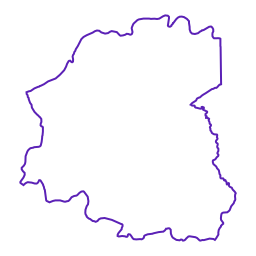 outline of Gualán, Zacapa, Guatemala
{"feature_id": "79465075B90602875847956", "entity_name": "Gualán", "entity_type": "district", "adm_level": 2, "iso_a3": "GTM", "parent_name": "Guatemala", "parent_adm1": "Zacapa", "projection": "robinson", "projection_center": [-89.267, 15.151], "detail": "fine", "context": "isolated", "style": "outline", "palette": "violet", "viewbox_px": 256, "rotation_deg": 0, "n_neighbors": 0, "source": "geoboundaries", "source_scale": "gbopen_adm2", "svg_char_len": 5832}
<svg xmlns="http://www.w3.org/2000/svg" viewBox="0 0 256 256"><path d="M26.5,92.2L26.7,94.1L27.6,95.2L27.8,97.0L28.7,98.1L28.7,99.1L30.1,102.9L31.5,104.7L31.9,107.6L34.5,111.9L37.2,114.7L38.0,115.3L39.6,117.0L39.9,117.1L41.3,119.0L41.4,121.9L40.7,123.8L40.6,125.4L41.4,126.3L42.5,126.7L42.9,127.3L42.9,131.7L42.5,135.6L42.2,136.1L42.1,138.1L41.6,142.0L40.7,145.6L40.0,146.3L38.8,146.8L34.1,147.2L33.5,147.6L30.4,148.2L28.5,149.8L27.4,151.4L25.6,156.2L25.4,161.8L25.0,163.8L23.9,165.6L21.7,167.8L21.7,169.3L23.0,171.3L24.6,172.8L24.7,174.8L23.5,177.5L20.9,181.1L20.3,182.1L20.5,183.0L23.5,185.1L24.3,184.3L25.1,183.6L26.1,182.9L27.4,182.3L27.8,182.2L28.2,182.2L28.7,182.3L31.6,182.6L34.7,183.5L35.3,183.5L36.2,183.6L36.7,183.5L37.3,183.2L37.9,182.6L38.2,182.2L39.2,180.2L40.0,180.2L40.6,180.6L43.1,184.6L43.2,185.5L43.8,186.6L44.3,189.0L44.8,189.8L46.2,200.3L46.6,200.9L49.5,202.3L53.1,200.9L55.4,200.4L60.1,200.4L64.4,201.7L65.7,201.7L66.2,201.4L68.4,201.0L69.5,200.0L71.6,197.2L74.1,196.0L76.5,195.6L77.4,195.0L79.4,192.9L81.3,191.6L83.2,191.3L84.0,191.7L87.7,196.7L88.4,201.2L88.0,204.3L86.7,206.2L85.5,209.7L85.3,212.8L85.6,214.4L86.6,215.9L86.6,216.5L87.4,217.4L88.9,218.6L90.1,219.0L92.7,221.0L94.0,221.1L95.7,221.8L97.5,221.0L98.9,219.3L100.7,218.4L104.6,218.0L111.9,219.9L120.9,223.9L122.0,224.2L122.6,225.0L122.5,226.4L121.8,227.8L121.6,229.3L118.6,232.9L117.7,234.5L117.6,236.0L118.9,236.5L122.1,236.0L124.9,236.3L126.1,236.8L127.0,236.8L127.6,236.3L127.9,234.9L128.2,234.5L128.6,234.2L129.9,234.4L131.0,235.6L132.6,238.1L133.6,239.1L136.2,239.4L140.0,239.1L141.7,239.3L142.7,238.8L143.8,237.8L144.2,236.0L145.1,235.3L147.7,234.3L152.7,233.7L153.1,233.4L158.7,232.1L163.4,231.6L165.0,230.3L166.1,228.7L166.6,228.8L168.2,228.3L169.5,228.4L170.7,229.7L170.9,233.7L172.0,236.5L172.9,237.7L176.4,239.9L179.6,240.3L181.0,239.5L182.0,239.7L182.9,240.6L183.9,240.5L185.3,239.7L186.1,238.6L188.4,236.5L189.7,236.3L195.4,237.2L197.1,238.0L199.6,240.4L200.3,240.6L202.6,240.0L203.9,240.1L209.6,238.6L213.5,239.0L214.9,239.9L216.0,238.5L218.4,234.6L218.3,232.7L218.7,230.1L219.7,228.1L220.9,226.6L221.0,225.8L222.0,224.7L223.2,223.8L223.2,222.8L221.1,219.9L220.9,218.3L221.2,215.2L221.6,213.7L222.3,213.0L223.2,212.6L227.3,212.3L229.0,210.9L229.7,210.1L231.2,206.3L232.4,204.8L233.7,203.3L233.9,202.6L234.6,200.8L235.0,200.5L235.3,199.3L235.0,196.2L235.2,194.2L235.7,193.5L235.6,192.9L234.8,191.8L234.1,191.0L232.9,189.8L232.4,189.1L231.9,187.9L231.6,187.6L230.1,187.0L229.2,186.2L228.9,185.6L228.9,184.7L229.1,184.0L228.9,183.3L228.4,183.1L228.0,183.4L227.6,184.2L227.3,184.4L226.9,184.4L226.7,184.0L226.6,182.9L226.5,182.2L226.2,181.6L225.5,180.6L225.4,180.2L224.9,180.0L224.6,180.5L224.1,180.3L223.5,178.9L223.1,178.4L221.5,178.4L220.9,178.3L220.5,177.9L220.4,177.5L220.3,177.0L220.4,175.3L220.2,174.9L219.7,174.3L219.5,173.8L219.1,171.5L218.9,170.5L218.6,170.0L218.2,169.5L217.3,168.6L216.9,168.0L216.6,167.2L215.9,166.2L213.5,164.2L213.1,163.2L212.9,162.5L212.8,161.5L212.8,161.1L212.9,160.7L213.1,160.3L214.8,159.6L215.3,159.2L215.8,158.7L216.6,157.4L218.1,156.1L218.3,155.7L218.4,154.8L218.2,154.4L217.8,154.0L217.6,153.7L217.4,153.4L217.5,152.6L217.7,152.2L218.2,151.4L218.3,151.0L218.4,149.9L218.3,148.5L217.4,147.6L217.3,147.1L217.2,146.6L217.3,146.0L217.7,144.8L217.7,144.2L217.6,143.6L217.3,143.3L216.7,143.0L216.3,142.6L216.0,142.1L215.9,141.6L216.0,141.0L216.4,140.2L217.2,139.4L217.5,138.8L217.5,138.3L217.2,137.9L216.9,137.1L217.0,136.8L217.2,135.6L217.2,135.0L217.0,134.6L216.6,134.5L215.1,134.4L214.1,134.3L212.5,133.4L211.8,132.8L211.3,131.4L210.6,130.6L210.4,130.2L210.4,128.8L210.3,128.4L210.1,128.0L209.9,127.2L210.2,126.6L210.8,125.9L211.0,125.2L210.9,124.8L210.6,124.4L210.0,124.0L209.7,123.7L209.4,121.8L208.8,120.8L208.7,120.4L208.7,120.1L208.9,119.6L209.1,118.9L208.6,118.4L207.7,118.2L207.5,117.7L207.1,117.4L206.5,117.9L206.0,117.9L206.0,117.5L206.5,116.7L206.5,116.2L206.1,115.9L205.6,115.7L205.5,115.4L205.5,114.4L205.5,114.0L206.0,113.6L207.0,112.6L207.2,112.0L207.1,111.6L206.5,111.3L203.6,109.9L203.1,109.6L203.2,109.0L203.9,108.1L203.8,107.5L203.5,107.3L202.5,106.9L202.1,106.9L201.7,107.0L201.6,108.3L201.3,108.6L200.7,108.7L200.3,108.7L196.8,107.8L195.6,107.6L195.1,107.2L194.8,106.6L194.7,105.9L194.4,105.6L192.1,105.6L191.7,105.3L191.4,105.0L190.7,104.7L191.9,103.3L193.0,102.5L196.0,100.6L196.3,100.1L196.4,99.7L196.7,99.1L197.0,98.6L197.7,98.2L198.6,97.7L199.5,97.5L200.0,97.3L202.0,95.5L203.5,94.5L205.7,93.2L211.9,89.1L213.1,88.9L213.7,88.6L214.9,87.9L215.6,87.8L216.2,87.9L216.6,87.7L217.1,87.3L218.9,85.3L219.3,84.9L219.7,84.6L220.4,84.6L221.1,84.3L220.6,46.7L220.4,46.2L220.4,38.8L219.9,38.4L218.4,38.2L214.1,38.3L213.3,37.6L212.5,36.3L212.4,34.5L212.5,33.0L213.3,31.4L213.2,29.2L212.2,27.4L211.0,26.5L209.1,26.8L203.5,30.1L202.0,30.3L201.7,30.8L200.3,31.4L198.0,33.2L194.9,34.0L192.1,33.6L190.6,32.2L189.7,29.6L189.6,26.7L189.0,23.0L189.0,21.2L186.9,18.9L184.0,17.1L181.8,16.6L179.7,16.7L177.9,17.6L176.2,19.2L173.5,22.8L173.0,23.0L173.0,23.6L171.6,25.0L171.4,25.8L170.3,26.6L169.4,26.7L168.3,26.3L167.9,25.5L169.0,18.1L168.9,16.7L167.8,15.7L165.2,15.4L163.0,16.3L159.3,18.6L157.1,19.0L154.5,18.7L150.9,18.9L149.2,18.6L143.5,18.6L138.9,19.4L137.4,20.1L133.7,23.5L133.1,24.4L131.8,27.6L131.7,28.3L132.5,32.0L132.0,33.8L131.1,34.5L130.2,34.7L128.4,34.0L126.7,33.8L125.3,34.7L123.0,35.4L120.6,35.7L119.8,35.3L116.8,32.1L111.7,31.1L110.1,31.7L108.0,33.1L105.1,33.6L101.3,32.4L99.3,30.8L97.0,30.5L94.9,31.2L92.7,32.6L86.7,35.2L83.5,37.0L81.3,39.2L77.8,46.1L75.8,49.2L75.2,51.0L74.4,51.9L73.8,54.0L73.0,55.1L72.6,56.6L73.1,59.3L73.0,61.6L72.3,62.2L71.5,62.1L70.2,60.7L69.2,60.8L68.6,61.2L67.1,63.8L66.1,66.6L64.2,70.2L60.0,74.7L55.6,78.5L48.1,81.4L44.0,84.2L40.5,85.9L39.8,86.0L39.2,86.6L37.9,86.9L34.4,88.4L30.6,91.0L28.9,91.3L26.5,92.2Z" fill="none" stroke="#5b21b6" stroke-width="2"/></svg>